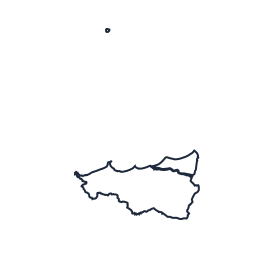 outline of Takua Pa, Phangnga, Thailand, rotated 77°
{"feature_id": "78962969B86019353442573", "entity_name": "Takua Pa", "entity_type": "district", "adm_level": 2, "iso_a3": "THA", "parent_name": "Thailand", "parent_adm1": "Phangnga", "projection": "orthographic", "projection_center": [98.301, 8.816], "detail": "fine", "context": "isolated", "style": "outline", "palette": "slate", "viewbox_px": 256, "rotation_deg": 77, "n_neighbors": 0, "source": "geoboundaries", "source_scale": "gbopen_adm2", "svg_char_len": 5887}
<svg xmlns="http://www.w3.org/2000/svg" viewBox="0 0 256 256"><g transform="rotate(77 128 128)"><path d="M225.8,104.0L226.4,100.9L227.0,100.1L227.1,99.5L227.7,99.0L228.5,97.4L228.6,96.7L228.7,95.2L228.5,94.2L228.8,92.8L229.3,91.7L229.2,91.0L229.0,90.7L227.8,89.8L227.1,89.5L226.3,89.4L225.8,88.5L225.0,87.7L223.2,88.9L222.8,89.1L222.0,89.1L221.1,88.5L220.8,88.0L220.2,87.5L219.3,87.1L218.5,86.6L217.5,86.2L217.1,86.0L216.8,84.7L216.2,84.4L215.9,83.4L215.1,82.6L214.8,81.9L214.4,81.8L212.3,81.9L211.8,81.8L208.3,79.0L207.9,78.4L207.1,77.9L206.5,76.6L206.3,75.4L206.1,74.9L205.3,73.8L204.5,73.1L203.7,72.8L201.3,72.3L200.7,72.2L199.6,72.4L199.6,74.0L199.3,74.0L199.0,74.7L198.9,75.5L199.1,75.9L196.3,77.1L196.2,77.4L193.8,78.9L192.6,78.4L191.1,77.3L191.0,77.5L190.4,77.7L190.2,77.4L189.1,78.5L187.8,79.8L187.4,80.5L187.5,81.2L187.0,82.0L185.8,83.8L185.4,84.6L185.2,85.7L184.2,87.7L183.7,88.4L182.8,89.2L181.6,89.2L180.8,89.8L180.5,90.5L180.5,93.0L180.3,93.7L179.9,94.3L178.4,95.1L177.8,95.9L177.5,96.4L177.3,97.3L177.4,99.7L177.0,102.8L176.4,104.2L176.1,105.4L175.6,106.2L175.1,107.3L174.7,108.6L175.0,108.7L174.6,109.9L174.7,110.0L174.3,110.4L173.4,111.8L173.7,112.0L173.3,112.1L172.4,113.0L171.9,113.3L171.1,114.2L170.0,114.4L169.8,114.6L169.8,115.3L170.4,118.8L170.6,121.8L170.6,124.1L170.0,126.4L170.1,126.7L169.9,127.1L169.7,127.1L168.6,128.7L168.0,129.2L167.1,129.8L166.7,129.8L168.0,131.8L168.4,132.5L169.2,136.0L169.3,137.6L169.5,138.0L169.5,142.3L169.2,144.4L168.7,145.4L168.2,145.6L167.6,147.7L167.7,148.1L167.3,148.7L167.2,148.6L166.6,149.7L165.8,150.6L164.5,150.8L164.2,151.3L163.8,151.5L162.9,152.4L162.1,152.9L160.8,153.5L160.4,153.6L159.4,153.6L158.0,153.4L157.6,153.1L156.7,151.9L156.6,152.0L157.0,152.8L157.1,153.7L156.9,154.6L157.1,155.1L157.5,155.4L158.3,155.8L159.0,155.9L160.8,157.4L160.9,157.7L161.5,159.9L161.9,162.0L162.0,162.1L161.9,162.9L162.7,168.5L162.9,171.3L163.1,171.8L163.0,172.1L163.1,173.0L163.4,174.2L164.2,176.1L164.2,176.9L164.7,178.4L164.6,178.9L164.4,178.9L164.3,179.1L164.3,179.4L164.5,179.9L164.2,180.4L164.4,181.1L164.6,182.9L164.5,183.0L164.3,183.1L164.2,183.6L163.8,183.8L163.8,184.4L163.6,185.8L163.4,186.0L162.8,186.0L162.7,186.4L162.1,186.6L161.8,186.9L161.5,186.8L161.3,187.0L160.6,187.1L160.4,187.3L160.2,187.3L160.2,188.1L159.5,188.3L159.6,188.5L159.4,188.6L159.5,188.7L159.5,189.0L159.9,189.1L160.0,189.3L159.9,189.6L160.3,189.7L160.3,189.8L160.6,189.8L161.2,190.0L161.1,189.3L161.3,188.8L161.8,188.6L162.3,188.4L163.3,188.5L164.5,188.1L164.7,187.8L164.6,187.4L164.8,186.9L165.8,186.3L166.2,186.2L166.7,186.0L166.9,185.7L166.9,185.1L167.9,184.3L168.2,184.2L169.1,184.4L169.5,184.3L169.9,183.1L170.4,182.8L171.2,180.8L172.1,180.8L172.7,181.2L172.6,182.2L173.0,182.8L172.9,183.2L173.1,184.1L173.0,184.6L173.6,185.3L173.7,185.9L174.0,186.2L174.4,186.4L174.7,186.2L175.1,185.4L175.8,185.0L176.2,184.9L177.4,185.0L178.8,184.2L180.8,183.9L181.4,183.2L181.7,182.4L182.2,182.1L182.9,181.2L184.8,180.9L185.9,181.1L186.2,181.1L187.2,180.5L187.8,179.3L187.8,179.0L189.2,178.7L188.9,178.1L189.3,177.1L189.2,176.5L189.4,175.6L189.1,174.9L187.5,173.2L186.1,173.0L185.4,172.5L184.7,172.6L184.5,172.4L184.4,172.2L184.7,171.1L184.6,170.5L184.6,170.0L185.6,169.4L185.8,169.1L185.8,168.5L186.1,168.4L186.7,167.9L186.8,167.4L187.0,167.1L187.1,166.7L187.9,165.6L188.2,165.2L188.1,164.4L188.5,163.5L189.2,162.8L189.2,162.6L188.3,161.6L187.9,161.1L187.9,159.4L189.1,158.8L189.2,157.9L189.0,157.6L189.0,157.3L189.6,156.4L190.0,154.9L190.6,153.9L191.0,153.5L191.4,153.3L191.9,153.4L193.5,153.9L193.8,153.9L194.4,153.2L194.8,153.0L195.6,153.0L197.1,153.3L197.4,153.2L197.8,152.8L197.9,152.1L198.4,151.6L198.7,151.2L198.8,150.7L198.5,149.9L198.9,148.4L200.4,145.8L200.8,145.4L201.5,145.3L202.3,145.5L202.7,145.9L203.8,145.7L204.4,146.0L205.1,146.7L205.4,146.7L206.5,145.4L206.8,145.2L207.0,144.8L207.3,144.7L208.8,143.3L209.6,143.3L210.2,142.8L211.9,143.1L212.4,142.9L212.5,142.6L212.5,142.0L212.2,140.8L212.9,140.4L213.5,140.5L213.3,140.0L213.8,140.1L214.0,139.8L214.0,139.7L213.8,139.6L214.1,139.3L213.9,139.2L213.9,138.5L214.2,137.7L214.1,137.4L213.9,137.2L214.0,137.1L213.8,137.1L213.7,136.8L214.1,136.3L214.1,135.9L214.0,135.5L214.0,135.0L213.8,135.0L213.9,134.8L213.6,134.8L213.4,134.6L213.6,134.4L213.6,134.2L213.3,133.7L213.3,133.2L213.5,132.9L213.2,132.3L213.2,132.0L212.7,131.1L212.8,130.2L213.5,129.5L213.7,129.0L213.7,128.5L213.4,128.0L212.9,126.7L212.8,125.5L212.9,125.2L212.5,124.6L212.4,123.8L212.1,123.2L212.0,122.3L212.0,120.8L213.3,120.0L214.6,118.9L215.7,117.6L216.8,116.9L216.9,116.6L216.8,116.1L216.8,115.9L217.9,113.9L218.2,113.8L219.2,113.9L219.0,113.1L219.2,112.7L220.8,111.6L222.2,110.3L223.1,109.8L223.7,108.9L223.7,107.8L224.4,106.4L225.4,105.2L225.4,104.6L225.8,104.0ZM170.1,66.0L168.9,66.2L167.5,66.7L164.9,68.5L165.1,68.9L165.8,69.6L166.7,70.9L168.4,75.7L168.9,77.8L169.5,83.3L169.6,84.9L169.4,87.6L169.0,89.8L168.4,90.7L166.9,93.9L165.3,96.5L165.1,97.3L165.6,98.6L167.0,100.4L168.5,102.7L169.4,104.3L169.8,105.4L170.3,106.6L170.5,107.9L170.8,111.3L170.7,113.0L170.8,113.2L171.0,112.9L171.2,112.3L171.8,111.6L172.3,110.5L172.7,110.0L174.1,106.5L175.3,104.6L175.7,103.6L176.0,102.2L176.5,98.3L176.5,96.6L176.8,95.8L178.5,94.1L179.5,93.6L179.8,93.2L179.9,92.6L179.7,90.2L179.8,89.5L180.5,89.2L180.7,88.5L180.9,88.4L181.4,88.4L182.0,88.7L182.4,88.7L183.8,87.3L184.1,86.5L185.0,83.1L185.6,82.0L187.5,77.6L188.2,76.4L188.3,75.6L188.2,74.7L187.9,73.8L187.5,73.5L185.0,72.3L183.7,71.2L178.7,69.4L176.5,68.5L175.5,67.9L175.2,68.1L174.9,67.9L174.4,67.9L173.9,67.7L173.3,67.3L172.9,66.4L172.7,66.2L172.3,66.2L171.8,66.5L171.4,66.2L170.1,66.0ZM28.4,127.5L29.0,127.5L29.6,127.2L29.8,126.6L29.8,125.7L29.2,124.6L28.9,124.3L28.1,124.0L27.9,124.0L27.7,124.3L27.4,125.0L26.8,125.9L26.7,126.6L27.2,127.2L28.4,127.5ZM188.7,77.6L189.3,76.9L189.4,76.1L189.3,75.9L189.1,75.9L188.5,76.9L188.7,77.6Z" fill="none" stroke="#1e293b" stroke-width="2"/></g></svg>